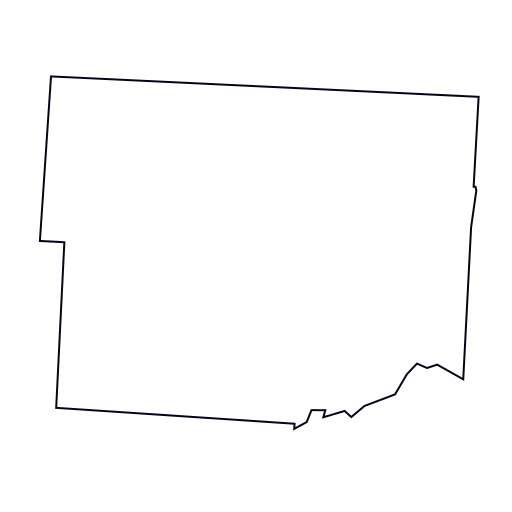 Kaufman, Texas, United States of America, rotated 273°
{"feature_id": "52423323B57409714288179", "entity_name": "Kaufman", "entity_type": "district", "adm_level": 2, "iso_a3": "USA", "parent_name": "United States of America", "parent_adm1": "Texas", "projection": "orthographic", "projection_center": [-96.401, 32.598], "detail": "fine", "context": "isolated", "style": "outline", "palette": "ink", "viewbox_px": 512, "rotation_deg": 273, "n_neighbors": 0, "source": "geoboundaries", "source_scale": "gbopen_adm2", "svg_char_len": 465}
<svg xmlns="http://www.w3.org/2000/svg" viewBox="0 0 512 512"><g transform="rotate(273 256 256)"><path d="M93.9,64.4L93.7,80.0L90.5,303.3L85.4,303.2L92.8,315.3L105.0,319.5L105.6,333.3L98.5,331.7L105.9,352.6L100.2,359.6L112.0,372.3L125.1,402.1L145.9,412.9L157.0,422.4L153.1,432.6L157.0,442.6L143.7,469.4L295.9,469.3L333.0,472.6L336.6,471.6L336.6,469.7L426.6,470.0L424.6,41.9L259.7,39.4L259.7,63.9L93.9,64.4Z" fill="none" stroke="#020617" stroke-width="2"/></g></svg>